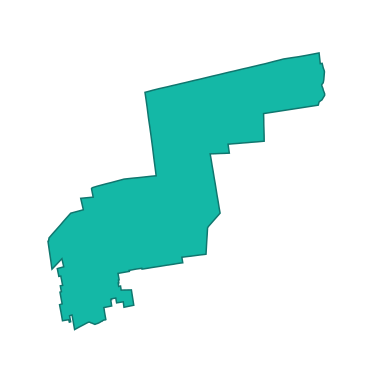 the district of Chapultepec, México, Mexico, rotated 350°
{"feature_id": "50627088B16743995066906", "entity_name": "Chapultepec", "entity_type": "district", "adm_level": 2, "iso_a3": "MEX", "parent_name": "Mexico", "parent_adm1": "México", "projection": "equal_earth", "projection_center": [-99.553, 19.204], "detail": "fine", "context": "isolated", "style": "filled", "palette": "teal", "viewbox_px": 384, "rotation_deg": 350, "n_neighbors": 0, "source": "geoboundaries", "source_scale": "gbopen_adm2", "svg_char_len": 3148}
<svg xmlns="http://www.w3.org/2000/svg" viewBox="0 0 384 384"><g transform="rotate(350 192 192)"><path d="M235.5,160.2L235.8,151.2L240.6,151.6L245.4,152.1L250.3,152.5L255.1,153.0L259.9,153.4L264.7,153.9L271.9,154.5L272.8,149.0L273.6,143.6L274.4,138.1L275.3,132.7L276.1,127.2L280.7,127.3L285.3,127.4L289.9,127.5L294.5,127.6L299.2,127.7L303.8,127.8L308.4,127.9L313.0,128.0L317.6,128.1L322.2,128.2L326.8,128.3L331.4,128.4L331.7,127.8L332.7,125.5L334.4,124.5L335.9,123.9L339.4,119.9L339.7,118.4L339.4,116.6L339.0,114.7L338.9,112.8L338.3,109.9L338.4,108.8L340.2,107.2L341.3,104.3L342.7,98.9L343.3,96.7L343.3,95.5L342.8,92.6L342.5,87.9L340.6,87.9L341.3,77.1L335.2,77.2L329.0,77.3L324.6,77.3L320.2,77.3L314.4,77.1L309.8,77.0L305.2,76.9L300.5,77.3L295.8,77.6L291.1,78.0L286.4,78.4L281.8,78.6L277.2,78.9L273.3,79.1L268.6,79.4L263.8,79.6L259.0,79.9L254.2,80.2L249.5,80.4L244.7,80.7L238.7,81.1L232.7,81.4L228.0,81.7L223.3,82.0L218.6,82.3L213.9,82.5L209.2,82.8L204.4,83.1L200.0,83.3L195.5,83.6L191.0,83.8L186.6,84.1L182.1,84.3L177.6,84.5L172.2,84.9L171.6,84.9L167.6,85.3L163.0,85.7L162.8,92.9L162.5,101.6L162.0,111.4L161.7,121.6L161.4,129.8L160.9,141.4L160.3,152.3L159.8,163.9L159.5,169.8L154.7,169.4L150.1,169.1L145.5,168.8L141.0,168.5L136.4,168.1L131.9,167.8L127.3,167.5L122.7,167.9L118.1,168.3L113.6,168.7L109.0,169.0L104.4,169.4L99.8,169.8L95.0,170.4L94.1,170.7L93.6,171.3L93.8,179.9L87.6,179.4L81.3,178.9L81.7,186.4L81.9,189.9L81.9,190.6L80.2,190.8L74.5,191.3L68.9,191.8L64.6,195.2L60.3,198.6L56.1,202.1L51.8,205.5L47.5,208.9L43.3,212.3L42.0,215.8L41.6,215.7L41.4,222.2L41.2,228.7L41.0,235.7L40.7,242.6L40.7,243.7L44.2,241.1L52.3,235.1L52.5,239.3L52.7,243.4L48.5,243.8L47.3,243.9L46.0,244.1L46.1,246.0L46.1,248.0L46.2,250.1L46.2,252.0L48.2,252.0L48.2,254.0L48.3,255.8L48.3,258.2L48.4,261.5L46.0,261.5L46.0,264.5L46.1,267.5L44.6,267.7L44.6,273.6L44.7,279.6L43.3,279.8L42.0,280.0L42.1,288.1L42.1,296.3L45.3,296.3L48.4,296.4L48.5,297.6L48.6,298.9L50.0,298.7L49.9,292.6L51.2,292.4L52.5,292.3L52.5,295.6L52.5,298.2L52.5,299.7L52.5,301.3L52.5,303.3L52.5,307.1L57.5,305.4L62.5,303.8L65.2,302.9L67.2,302.3L68.2,302.3L69.1,302.7L69.7,303.3L70.8,303.8L72.1,304.7L73.4,305.5L74.9,305.2L76.4,305.0L78.3,304.5L80.5,303.6L80.9,303.7L81.5,303.3L82.4,302.9L83.3,302.8L84.3,302.9L85.0,302.7L85.0,298.9L85.0,294.8L85.1,292.8L85.1,290.5L93.1,290.3L93.2,287.2L93.2,284.2L94.1,284.1L94.0,283.2L98.5,283.2L98.5,288.1L105.2,288.2L105.0,293.7L115.0,293.4L115.3,277.9L105.2,276.3L105.3,272.2L103.4,272.3L103.5,268.8L104.2,268.8L104.2,266.0L105.0,265.9L105.0,259.3L116.5,259.3L116.4,258.3L123.6,258.2L129.3,258.4L129.3,259.2L130.0,259.3L135.8,259.4L138.8,259.4L147.3,259.6L154.9,259.7L156.1,259.8L157.9,259.8L161.1,259.9L164.8,259.9L168.7,260.0L170.6,260.1L170.7,254.5L175.3,254.7L180.0,255.0L184.7,255.2L189.3,255.4L194.0,255.7L195.0,255.7L196.5,249.3L198.0,242.9L199.6,236.4L201.1,230.0L202.1,228.9L202.3,228.7L206.9,225.0L211.4,221.4L216.0,217.7L216.0,211.7L216.1,205.7L216.1,199.7L216.2,193.7L216.3,187.7L216.3,181.7L216.4,175.7L216.4,169.6L216.5,163.6L216.5,157.6L221.3,158.3L226.0,158.9L230.8,159.6L235.5,160.2Z" fill="#14b8a6" stroke="#0f766e" stroke-width="1.5"/></g></svg>